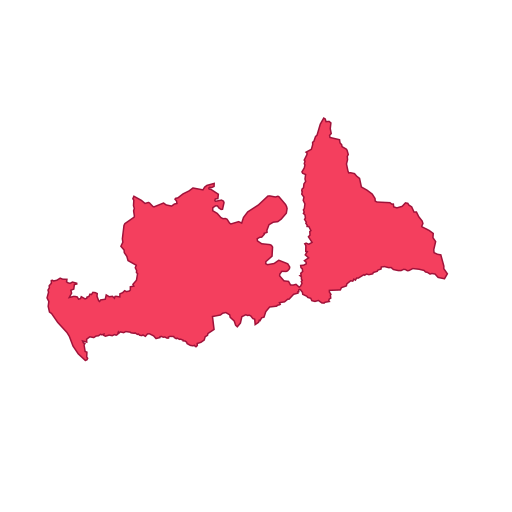 Lehlakaneng, Mafeteng, Lesotho (Equal Earth projection), rotated 288°
{"feature_id": "5366337B94978153293499", "entity_name": "Lehlakaneng", "entity_type": "district", "adm_level": 2, "iso_a3": "LSO", "parent_name": "Lesotho", "parent_adm1": "Mafeteng", "projection": "equal_earth", "projection_center": [27.647, -29.815], "detail": "fine", "context": "isolated", "style": "filled", "palette": "rose", "viewbox_px": 512, "rotation_deg": 288, "n_neighbors": 0, "source": "geoboundaries", "source_scale": "gbopen_adm2", "svg_char_len": 6138}
<svg xmlns="http://www.w3.org/2000/svg" viewBox="0 0 512 512"><g transform="rotate(288 256 256)"><path d="M408.1,277.8L401.3,276.4L389.8,276.7L388.0,275.7L383.0,275.6L381.6,274.7L379.4,275.5L374.6,275.7L370.2,271.5L369.7,272.7L368.2,273.1L362.1,272.2L361.4,273.3L358.6,273.4L357.8,274.4L354.7,274.7L350.2,273.7L349.1,274.8L348.8,278.0L344.4,278.8L342.2,280.2L339.4,279.3L335.6,280.1L333.9,279.1L332.0,279.4L331.6,280.1L329.0,280.4L326.8,283.4L323.5,283.7L320.7,286.4L316.0,287.3L314.5,286.8L312.6,288.3L311.2,287.9L310.1,290.0L307.2,291.3L305.9,290.8L303.7,293.4L302.5,293.3L301.2,295.1L299.9,295.4L300.3,297.2L297.1,300.4L295.9,299.6L292.6,300.9L290.5,299.9L286.3,305.1L283.5,302.6L283.7,299.7L282.7,298.6L281.3,300.2L275.7,301.9L276.0,303.4L272.3,302.5L270.5,306.6L266.5,303.5L265.6,305.6L264.1,306.2L262.0,304.2L260.8,301.4L258.8,302.4L258.2,303.9L255.7,305.2L253.4,303.9L251.7,304.9L250.9,303.9L250.3,305.6L248.1,306.3L247.1,307.5L245.8,306.9L244.2,308.2L241.1,307.7L239.7,306.7L241.4,302.8L239.8,300.3L239.1,297.8L241.9,294.8L241.0,290.3L244.4,284.6L246.2,284.2L249.4,285.3L250.6,289.4L251.6,290.6L254.2,291.7L255.9,291.5L258.4,288.6L259.0,279.0L254.4,275.5L251.3,269.6L251.7,267.6L253.7,267.1L260.8,271.3L269.6,269.0L270.9,267.4L271.1,265.6L269.4,257.6L270.8,252.7L272.8,251.8L274.9,253.7L275.7,255.6L279.3,257.2L280.0,256.7L281.9,259.2L283.8,258.4L289.8,258.7L293.5,262.0L295.4,266.1L298.9,268.6L306.1,271.6L310.7,270.9L312.3,269.9L314.1,268.2L319.4,259.6L319.6,258.4L318.1,256.2L317.4,250.6L316.7,248.8L305.4,242.6L295.4,234.5L288.8,232.2L282.9,232.2L283.3,228.9L278.7,222.2L279.1,220.7L282.0,217.1L282.2,215.4L281.3,213.1L281.7,210.7L284.5,206.0L285.7,200.8L288.6,200.0L291.3,202.1L291.7,203.9L290.2,205.9L289.5,208.4L290.1,209.7L296.8,209.1L298.1,208.1L298.5,205.9L295.5,200.6L296.0,199.7L297.7,199.7L298.8,202.0L303.1,201.1L305.5,192.3L305.1,190.9L305.9,190.1L306.9,190.5L307.5,192.8L309.2,194.6L312.1,193.8L308.0,187.5L305.7,185.9L302.5,185.1L301.2,175.0L297.3,172.3L292.5,167.4L287.1,163.7L286.0,161.7L285.0,161.4L283.8,163.4L281.5,164.6L280.2,162.3L277.4,160.3L276.8,154.8L277.8,151.7L271.2,143.8L271.2,142.7L273.5,138.4L273.7,137.2L271.7,134.2L273.5,129.8L275.1,121.4L272.4,121.2L271.2,122.6L266.1,123.9L263.6,125.6L261.2,125.6L256.4,128.0L255.3,128.1L246.3,121.3L244.3,121.0L231.0,123.6L228.0,125.1L223.5,124.5L220.9,128.7L218.5,129.7L215.7,133.3L212.1,135.7L210.2,145.0L207.5,144.8L205.3,147.0L203.3,147.4L202.7,148.8L196.0,149.8L191.0,147.7L189.6,149.1L187.9,146.0L184.8,147.0L183.6,146.4L182.1,143.8L182.4,141.8L179.9,140.5L178.0,138.3L175.0,139.1L174.4,135.2L173.9,134.4L172.1,134.4L173.3,131.9L171.9,129.0L172.7,125.6L168.3,126.0L166.2,121.8L164.4,121.3L164.8,120.2L168.6,117.2L171.2,116.6L171.5,114.4L171.0,112.1L168.5,111.4L168.4,109.9L165.9,109.6L164.6,107.9L163.5,108.1L162.4,106.7L163.3,102.4L161.3,102.3L160.1,100.6L161.8,98.7L161.7,97.0L161.3,95.2L158.8,91.2L163.7,92.1L166.2,90.5L168.2,92.9L172.7,92.1L174.0,94.2L174.7,93.9L174.5,89.5L172.5,87.6L172.4,85.4L172.9,83.8L175.4,83.4L174.2,79.3L174.4,76.6L171.4,74.1L169.7,71.2L170.0,69.8L169.4,68.9L166.9,69.8L163.8,68.5L161.9,69.3L159.3,68.7L157.5,69.9L151.6,70.2L148.7,73.0L143.9,73.9L138.9,76.9L138.1,79.4L131.6,87.9L124.8,99.9L121.9,103.3L113.8,109.8L108.0,117.2L103.9,126.0L105.1,127.3L106.7,127.5L107.6,126.2L112.3,124.9L112.4,123.0L118.2,120.0L119.8,120.3L119.9,118.8L121.6,117.3L121.8,121.6L124.5,120.6L127.8,122.9L128.3,126.9L130.4,128.6L131.5,130.9L133.5,132.3L133.4,133.7L134.7,135.5L133.5,135.6L133.2,137.6L135.4,140.8L135.8,143.9L137.5,145.6L137.5,147.5L138.7,148.6L141.1,148.6L140.3,149.5L141.9,150.4L142.2,153.8L143.9,155.5L144.7,159.9L144.3,160.9L144.9,164.2L145.5,164.7L144.8,167.4L145.4,168.3L144.7,169.8L145.0,172.0L146.0,172.9L145.4,175.6L148.4,176.9L149.1,178.7L148.4,183.3L146.6,186.4L148.7,189.8L149.6,189.6L150.3,190.9L150.1,192.9L150.8,194.3L150.4,196.7L150.9,198.1L151.8,197.7L153.0,199.1L154.0,202.6L153.2,203.5L152.7,205.7L153.5,206.3L153.1,209.1L153.6,210.0L153.4,212.7L152.8,212.9L153.2,214.9L152.5,216.8L151.4,217.5L150.7,221.2L151.1,223.8L152.0,225.0L151.1,226.4L151.4,227.3L153.0,227.8L154.6,227.1L156.9,230.3L160.1,232.7L163.5,232.6L165.6,234.4L167.4,234.2L173.2,238.8L185.0,233.3L188.9,240.4L191.3,242.0L192.9,244.8L191.9,249.2L189.7,250.4L187.5,255.3L183.9,258.0L182.9,260.1L187.4,261.9L193.9,261.3L197.0,264.5L196.8,266.4L197.6,267.8L197.4,269.5L195.5,272.4L195.5,274.3L190.5,276.4L193.7,278.9L195.9,279.0L195.7,279.8L199.0,280.5L200.3,282.5L206.1,282.5L211.7,284.7L214.7,291.2L215.7,291.5L216.9,293.5L217.5,294.0L218.9,292.7L221.2,297.3L224.7,299.5L225.2,300.8L231.2,303.6L233.7,307.4L235.0,306.9L235.3,307.7L236.9,307.1L237.7,307.7L237.8,308.5L235.8,311.4L234.0,312.3L233.4,316.9L232.6,318.0L232.7,321.1L230.8,322.9L231.0,326.1L233.0,329.1L231.7,333.2L232.3,335.4L233.3,335.9L235.4,339.8L236.1,338.9L237.8,339.0L239.0,340.1L241.9,338.8L242.7,339.1L244.4,336.9L246.0,336.4L249.8,346.7L252.3,347.0L255.5,351.2L257.6,351.0L261.7,353.7L262.0,355.8L264.2,356.2L263.8,358.0L266.1,358.5L266.6,360.1L271.6,364.4L271.3,365.3L273.0,366.7L273.1,369.1L275.1,372.5L276.6,372.7L278.9,376.0L280.4,376.4L282.2,378.9L284.3,378.6L285.7,381.6L285.9,385.8L286.8,388.1L285.6,390.8L286.1,395.8L287.0,398.5L288.9,400.5L289.3,402.2L288.8,404.5L289.4,405.9L292.5,409.0L293.8,415.1L294.2,420.3L293.2,422.1L293.4,424.2L292.6,427.1L293.7,428.7L294.2,431.8L291.9,435.8L292.6,442.3L298.2,443.5L302.0,438.5L304.4,437.8L314.2,431.4L313.7,428.0L314.2,424.3L316.9,423.1L325.2,422.4L328.1,418.6L332.2,417.6L333.8,412.8L335.0,405.0L335.5,404.4L338.5,404.7L340.6,403.2L343.7,398.6L347.4,395.0L346.6,392.7L350.8,388.9L351.7,385.6L353.0,384.1L352.7,381.7L348.4,379.7L345.3,375.1L345.3,371.8L347.8,370.6L347.3,369.1L348.1,366.9L344.7,354.4L345.1,352.4L347.5,351.4L350.8,347.4L352.9,341.3L354.2,334.9L361.8,330.5L363.0,327.1L364.8,324.2L364.4,320.1L363.7,318.5L365.2,317.2L371.5,313.6L375.9,313.3L379.0,312.0L381.0,312.4L384.6,310.0L385.5,309.0L386.6,304.0L388.3,303.1L389.6,300.9L392.4,299.5L391.6,289.7L393.5,288.7L395.7,289.7L400.0,287.3L405.7,286.1L406.6,283.9L405.4,281.1L407.7,279.5L408.1,277.8Z" fill="#f43f5e" stroke="#9f1239" stroke-width="1.5"/></g></svg>